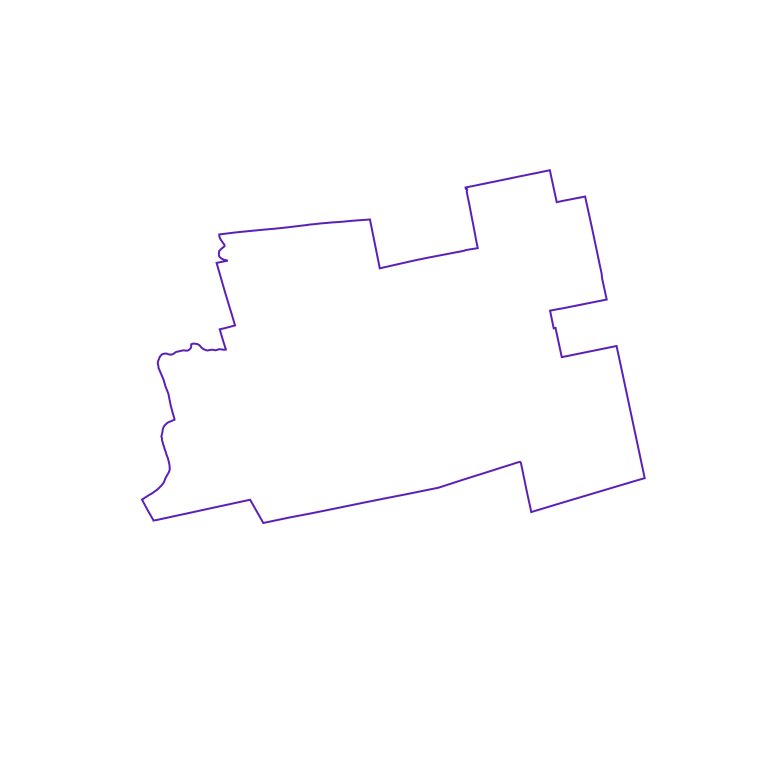 the district of Gheorghe Doja, Ialomita, Romania, rotated 60°
{"feature_id": "2599482B31175002278659", "entity_name": "Gheorghe Doja", "entity_type": "district", "adm_level": 2, "iso_a3": "ROU", "parent_name": "Romania", "parent_adm1": "Ialomita", "projection": "natural_earth1", "projection_center": [27.18, 44.644], "detail": "fine", "context": "isolated", "style": "outline", "palette": "violet", "viewbox_px": 768, "rotation_deg": 60, "n_neighbors": 0, "source": "geoboundaries", "source_scale": "gbopen_adm2", "svg_char_len": 3297}
<svg xmlns="http://www.w3.org/2000/svg" viewBox="0 0 768 768"><g transform="rotate(60 384 384)"><path d="M386.4,651.8L386.7,651.8L387.0,651.9L387.9,649.4L388.1,648.9L388.7,647.0L391.7,637.7L393.0,633.6L393.7,631.3L398.9,615.3L402.7,603.3L417.3,557.8L443.9,558.0L444.0,558.0L451.9,534.0L451.9,533.9L460.2,510.0L468.0,486.8L476.6,460.9L480.7,448.8L483.4,440.8L490.8,419.3L499.2,394.2L501.0,388.9L505.1,369.7L506.2,364.4L510.3,345.9L512.6,335.6L512.6,335.4L512.7,335.1L512.9,334.1L513.1,333.3L513.8,330.1L513.9,329.6L514.9,325.0L515.7,321.4L515.8,321.0L517.7,312.4L518.3,309.4L519.0,306.5L519.2,305.9L519.5,305.1L520.3,304.9L520.9,304.9L524.2,306.0L527.3,307.0L532.6,308.8L537.2,310.3L543.1,312.3L551.4,315.0L558.9,317.4L563.8,318.9L565.7,319.6L568.5,320.5L568.7,319.7L574.8,293.7L581.6,265.0L593.5,215.0L595.9,205.3L511.9,178.0L503.3,175.2L484.5,169.1L467.4,163.6L467.3,163.8L463.0,176.7L460.8,183.3L458.3,190.7L452.5,208.0L452.4,208.4L449.6,216.6L422.3,207.8L421.2,207.4L420.6,209.2L403.5,203.5L407.0,193.5L407.2,193.2L415.7,168.1L422.1,149.2L422.2,148.9L412.2,145.7L409.1,144.7L406.9,144.0L403.7,143.0L401.6,142.3L400.9,142.1L400.4,141.8L399.8,141.5L398.3,140.8L397.1,140.3L393.7,139.2L391.2,138.4L390.2,138.1L378.7,134.3L358.5,127.7L355.4,126.7L351.7,125.5L322.2,116.1L314.7,137.9L312.9,143.5L281.8,133.5L272.3,161.9L263.2,189.4L254.6,215.1L255.6,215.5L256.0,215.5L256.3,214.7L257.4,214.9L258.6,216.1L263.7,217.9L272.0,220.6L280.2,223.5L283.4,224.6L294.5,228.4L306.3,232.6L310.9,234.1L313.2,234.9L308.8,246.5L308.8,247.6L296.2,283.9L292.0,296.6L281.7,329.8L234.5,313.9L226.9,329.6L224.7,334.4L223.0,338.2L220.7,343.0L217.9,348.6L215.5,353.9L213.6,357.8L211.2,363.4L208.7,368.8L207.8,371.2L202.7,383.1L200.1,389.2L195.3,400.0L194.6,401.6L192.4,406.2L181.1,431.0L178.6,436.6L173.8,447.9L172.1,451.9L173.2,452.5L174.6,453.0L175.6,453.1L176.6,453.2L179.2,453.1L181.7,452.8L183.9,452.6L184.7,453.1L185.1,453.9L185.3,455.3L185.6,457.3L186.1,459.0L186.4,460.1L188.4,461.7L190.0,462.6L191.5,462.9L193.8,462.2L196.2,460.6L199.1,457.6L195.4,468.4L196.5,468.7L223.9,475.5L242.7,479.9L250.8,481.8L258.8,483.7L256.0,494.1L254.5,498.9L254.9,499.0L266.4,501.8L275.1,503.7L274.2,505.7L272.6,507.6L271.3,509.7L270.8,512.4L270.0,513.8L268.6,515.3L268.0,516.4L266.6,520.3L265.4,521.5L263.6,522.8L261.7,523.7L259.5,524.2L258.0,524.5L256.4,525.4L255.2,526.8L253.7,528.8L253.2,531.1L254.1,531.7L254.9,532.0L255.6,532.6L256.4,533.7L256.9,535.4L256.9,537.3L256.0,539.0L255.0,540.2L254.2,541.6L253.8,543.3L252.3,547.9L252.5,550.7L252.6,551.9L252.3,553.1L251.9,554.1L250.5,555.8L249.0,557.0L247.9,559.0L247.3,561.4L248.0,563.6L248.3,564.4L250.6,567.4L252.1,569.1L254.0,569.9L256.1,570.6L257.3,571.2L270.4,572.8L276.5,574.4L284.6,575.6L295.8,579.4L302.8,581.3L309.0,582.8L309.7,583.0L310.2,583.3L309.3,589.9L309.4,591.4L309.9,593.5L310.5,595.4L311.3,596.7L312.6,598.2L314.9,600.0L317.0,601.9L318.0,603.0L319.8,603.4L321.9,604.4L323.9,604.8L325.7,605.5L327.8,605.7L330.2,606.4L332.8,606.8L336.0,607.6L340.7,608.4L343.6,609.2L346.7,610.2L348.8,611.2L350.1,611.8L351.3,612.7L352.7,614.3L353.7,616.0L355.0,618.2L356.2,620.2L358.1,622.6L359.5,624.5L360.8,628.1L362.0,632.7L362.3,635.2L362.7,639.5L362.7,643.3L363.1,651.4L369.9,651.6L375.6,651.8L382.2,651.8L386.4,651.8Z" fill="none" stroke="#5b21b6" stroke-width="2"/></g></svg>